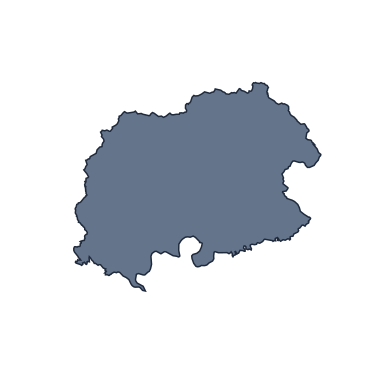 outline of Qhoasing, Mohale's Hoek, Lesotho, rotated 41°
{"feature_id": "5366337B8464119840521", "entity_name": "Qhoasing", "entity_type": "district", "adm_level": 2, "iso_a3": "LSO", "parent_name": "Lesotho", "parent_adm1": "Mohale's Hoek", "projection": "mercator", "projection_center": [27.882, -30.022], "detail": "fine", "context": "isolated", "style": "filled", "palette": "slate", "viewbox_px": 384, "rotation_deg": 41, "n_neighbors": 0, "source": "geoboundaries", "source_scale": "gbopen_adm2", "svg_char_len": 6030}
<svg xmlns="http://www.w3.org/2000/svg" viewBox="0 0 384 384"><g transform="rotate(41 192 192)"><path d="M221.8,297.3L217.0,295.2L210.4,296.7L207.8,296.0L206.6,294.9L204.1,290.7L204.3,289.9L205.2,288.6L209.6,286.6L210.8,285.5L211.3,281.3L211.8,279.9L211.1,277.2L208.9,273.1L203.2,267.5L202.1,264.6L202.9,261.3L204.1,260.1L209.1,259.0L210.3,255.2L211.6,254.2L219.5,252.5L222.5,250.6L224.4,249.9L224.8,249.2L224.8,248.3L220.3,244.8L216.3,240.0L215.7,236.2L215.7,234.0L216.6,230.5L218.2,228.6L220.3,227.3L221.8,224.5L224.3,224.0L230.6,224.5L230.9,225.1L232.8,224.0L233.5,224.1L235.3,227.5L236.5,231.5L235.9,235.0L233.7,238.5L233.7,240.4L235.8,242.3L240.1,244.7L243.6,245.5L245.0,245.0L245.9,244.1L246.7,243.0L247.2,241.4L249.9,239.2L251.1,237.3L251.4,234.3L252.8,230.6L252.3,228.1L250.3,226.1L248.2,223.0L248.5,221.9L251.8,220.5L258.3,214.7L260.4,214.3L260.9,212.5L260.8,211.5L262.9,212.1L264.2,213.7L265.4,214.0L265.1,212.4L265.9,211.2L265.8,210.2L263.6,208.8L263.9,208.3L266.6,209.4L266.8,208.2L267.3,207.6L266.5,204.6L268.9,202.8L270.4,202.4L270.9,201.8L269.9,200.8L267.6,200.4L266.7,198.8L266.8,198.4L267.7,197.9L268.7,198.0L269.9,199.4L270.6,199.3L272.1,198.8L272.5,197.5L274.7,196.9L274.2,195.9L271.2,194.5L270.8,193.7L271.5,192.1L273.8,190.7L275.0,189.1L274.6,188.3L274.8,187.2L276.5,186.4L276.9,185.8L277.8,183.0L277.6,180.5L277.9,179.9L284.6,175.9L285.5,176.1L285.9,174.8L287.1,174.0L285.7,173.1L285.4,172.4L286.2,170.4L287.6,170.4L287.4,171.6L288.2,172.4L288.9,172.1L288.8,171.0L291.2,171.0L292.0,168.3L294.0,167.2L295.0,164.5L296.1,163.8L297.0,164.2L297.2,163.9L297.2,162.9L295.9,162.0L295.5,161.3L296.0,160.4L297.2,159.2L296.4,156.8L298.1,152.8L297.9,151.3L296.6,150.5L296.3,149.9L297.0,148.2L296.8,145.0L297.5,144.1L299.7,143.6L299.4,141.5L300.3,138.9L299.7,137.7L299.0,137.7L298.9,137.4L299.1,135.0L298.7,134.0L297.2,133.9L296.5,134.5L291.2,135.3L286.5,135.5L283.3,133.4L280.0,132.0L275.7,131.9L273.0,132.5L267.9,134.6L266.8,133.9L265.1,134.1L263.0,133.4L262.6,132.8L261.4,133.0L260.4,132.7L260.2,132.2L262.4,129.5L262.1,126.5L261.6,125.8L255.5,126.1L254.7,125.5L254.2,123.5L252.1,122.6L251.9,121.4L248.1,119.4L248.1,116.5L247.5,114.0L249.1,111.4L248.3,109.6L249.1,108.2L248.1,105.4L247.8,102.7L248.8,101.5L253.4,99.4L254.5,98.5L255.5,97.0L256.8,96.5L258.2,96.3L260.0,97.3L263.0,97.7L264.6,96.3L266.7,91.8L266.3,88.7L266.4,85.3L265.1,82.0L265.2,80.2L264.5,79.1L261.6,79.2L258.2,77.4L252.5,76.5L253.4,75.8L250.9,75.5L250.0,75.7L248.3,74.9L247.5,75.0L245.0,76.6L242.7,76.7L239.9,72.2L240.3,69.4L239.9,68.8L238.9,68.3L236.7,68.4L236.3,68.0L232.7,66.8L231.9,66.9L229.7,69.5L224.7,69.4L224.1,69.0L220.0,68.5L216.6,69.1L214.3,68.6L213.4,67.8L211.3,67.4L210.8,66.2L208.9,64.2L207.3,63.9L203.9,64.8L203.0,65.8L201.4,66.0L200.0,69.0L197.2,69.7L194.4,69.3L188.2,70.5L186.4,69.7L186.1,69.0L185.4,68.7L184.8,68.8L184.3,68.5L184.4,67.7L183.0,67.5L182.5,67.0L182.4,66.1L181.3,64.4L181.2,63.1L178.8,62.3L177.0,63.0L175.5,62.6L174.4,63.6L172.3,64.2L171.7,65.8L169.3,67.4L168.1,67.7L167.8,68.6L166.8,69.2L166.9,71.2L167.4,71.9L168.3,71.9L168.8,72.6L170.0,74.5L170.5,76.4L170.3,77.4L168.8,78.2L169.6,79.8L169.0,81.0L165.3,81.7L162.6,83.0L161.1,82.5L159.9,83.0L160.4,88.5L158.6,89.2L157.8,90.5L156.7,91.0L155.9,93.8L155.4,94.3L153.1,95.7L151.8,95.4L150.6,95.6L149.8,96.1L146.9,96.3L141.9,99.0L142.4,100.0L142.7,102.2L141.5,103.8L140.7,105.8L135.8,108.2L135.0,111.7L133.6,115.2L131.5,117.4L130.0,117.9L129.9,120.4L131.5,124.1L131.9,126.0L131.4,127.2L131.7,128.1L130.7,128.2L130.1,128.7L130.1,130.6L132.1,133.1L134.3,133.8L135.1,135.0L135.1,135.6L134.2,136.5L133.6,138.3L132.4,138.9L130.9,140.4L131.4,141.7L129.1,143.7L127.1,146.2L125.7,147.1L123.8,146.9L123.4,147.3L122.7,151.6L121.6,154.3L119.1,154.8L117.2,157.0L111.8,157.4L110.0,158.0L109.7,160.1L110.0,162.0L109.3,162.7L103.8,165.6L102.2,166.0L99.7,168.7L96.2,168.1L95.7,169.8L91.8,174.5L90.9,175.2L88.4,175.6L88.1,176.9L88.2,180.8L87.3,182.7L88.1,183.3L88.5,185.2L90.0,186.2L90.9,189.5L90.6,191.7L89.2,195.4L90.3,196.1L90.5,199.7L90.0,200.3L87.1,201.1L86.0,203.1L83.7,204.3L84.0,205.5L83.7,206.8L86.7,208.0L87.3,209.6L90.3,210.0L91.5,210.7L92.4,211.7L92.4,213.3L92.9,214.9L94.3,216.8L92.9,218.6L92.7,222.4L94.3,225.7L92.0,232.0L92.9,234.2L92.0,235.1L91.9,236.4L91.0,237.8L94.9,240.1L95.1,242.4L96.0,244.6L95.8,246.3L100.7,247.2L104.0,248.4L104.1,249.3L103.1,251.2L104.8,253.4L104.8,253.8L104.3,254.1L104.3,254.5L105.0,254.7L105.4,254.4L106.1,256.8L107.4,257.9L107.7,257.5L108.4,257.7L108.4,258.5L109.2,258.8L109.5,259.6L110.6,260.1L110.6,260.5L111.4,261.3L112.1,261.5L113.0,262.6L114.7,263.2L114.4,264.7L114.8,265.1L114.4,266.9L114.6,272.2L114.4,273.5L113.4,274.8L113.8,275.6L113.2,277.0L114.5,279.6L114.6,280.9L115.3,281.7L115.9,281.8L117.7,284.4L120.4,285.3L120.7,286.1L121.8,286.2L123.7,287.9L125.6,288.3L126.1,289.3L127.8,288.7L130.5,289.4L131.1,289.0L132.5,289.5L134.1,289.4L135.0,289.9L135.8,290.8L137.5,290.6L139.6,291.3L140.4,292.9L139.9,293.5L139.7,295.1L140.2,296.1L141.7,297.2L141.7,298.0L142.4,298.8L142.4,299.4L141.5,300.2L141.1,301.3L140.6,301.5L140.1,302.8L141.5,302.7L141.9,303.2L141.7,304.5L142.8,305.8L143.0,306.7L141.7,308.0L141.6,308.7L139.6,310.0L139.3,310.5L139.7,312.0L141.1,313.6L142.7,314.4L148.6,315.5L149.4,316.1L151.2,316.0L152.6,316.4L151.5,317.2L151.4,317.7L150.2,318.1L150.9,319.8L149.7,320.7L150.2,321.6L151.2,321.7L155.5,319.9L156.8,319.8L157.1,318.3L156.0,317.4L156.5,317.0L156.7,315.8L157.2,316.1L158.0,315.6L158.7,316.1L159.7,316.0L159.9,315.4L159.2,314.1L158.6,313.8L158.8,312.9L160.4,312.0L157.6,309.3L156.9,308.2L158.9,308.4L160.5,309.1L163.0,309.2L165.1,310.0L165.9,309.2L169.2,308.9L169.4,307.9L170.7,306.9L174.9,307.6L177.4,306.7L177.3,307.6L178.1,308.4L178.6,308.0L179.4,308.1L179.3,310.3L179.8,309.9L181.0,311.3L182.3,310.0L183.9,309.6L184.4,309.0L184.4,307.7L184.9,307.1L184.9,306.0L185.8,303.6L188.1,302.3L188.2,301.5L188.9,300.7L190.3,300.1L195.2,300.6L198.4,299.7L201.9,299.5L206.3,301.4L208.1,301.9L210.1,301.8L211.4,301.2L214.3,298.5L215.7,298.2L219.2,298.7L221.8,297.3Z" fill="#64748b" stroke="#1e293b" stroke-width="1.5"/></g></svg>